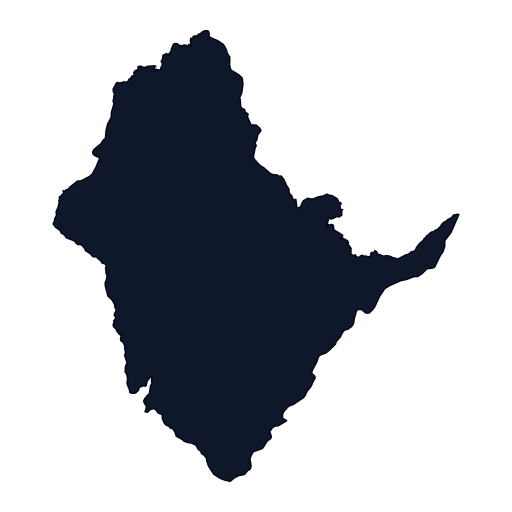 the district of Montufar, Carchi, Ecuador
{"feature_id": "8360857B57734122630891", "entity_name": "Montufar", "entity_type": "district", "adm_level": 2, "iso_a3": "ECU", "parent_name": "Ecuador", "parent_adm1": "Carchi", "projection": "orthographic", "projection_center": [-77.805, 0.568], "detail": "fine", "context": "isolated", "style": "filled", "palette": "ink", "viewbox_px": 512, "rotation_deg": 0, "n_neighbors": 0, "source": "geoboundaries", "source_scale": "gbopen_adm2", "svg_char_len": 5993}
<svg xmlns="http://www.w3.org/2000/svg" viewBox="0 0 512 512"><path d="M230.3,481.3L234.1,478.0L236.3,476.8L239.4,475.3L242.0,475.1L244.9,474.1L247.6,470.4L249.3,469.8L250.3,468.9L251.1,466.0L249.9,458.7L251.9,453.9L253.4,451.7L262.1,448.6L263.1,447.6L266.9,441.4L270.9,438.3L271.3,436.4L269.7,431.5L272.6,427.6L274.8,426.2L278.6,425.6L286.5,420.8L285.7,419.8L283.5,419.2L282.5,417.5L282.6,414.1L283.5,412.0L287.6,407.2L289.3,405.9L293.0,404.6L296.0,402.7L303.0,397.9L304.6,396.3L307.4,390.7L310.1,387.7L311.7,385.0L312.9,381.9L315.1,378.0L314.8,376.4L313.8,375.0L312.3,374.3L311.7,372.5L312.2,370.5L316.4,362.7L318.5,356.9L319.8,355.2L326.1,352.8L328.8,350.6L335.5,344.1L336.1,341.7L340.5,336.7L341.8,333.7L343.7,330.8L345.0,330.0L348.2,329.0L351.2,326.8L352.9,324.8L353.7,322.8L354.1,319.1L356.6,310.4L359.0,309.3L360.6,309.3L362.5,310.3L365.7,312.9L367.8,313.2L369.2,312.9L372.7,309.7L374.7,306.8L379.6,296.3L384.7,288.7L389.8,285.5L400.7,280.7L407.1,279.3L413.4,276.8L417.8,276.4L422.1,273.6L427.0,268.8L432.3,268.1L433.9,267.6L434.8,266.8L440.2,255.7L443.0,251.7L444.8,246.0L444.8,240.6L451.0,232.5L458.8,214.6L457.8,214.2L453.5,215.1L451.3,217.9L447.8,219.5L446.0,221.3L443.7,222.3L441.7,224.4L440.6,226.3L437.0,229.8L435.1,230.3L434.2,231.5L431.6,232.0L430.3,232.9L428.4,234.8L426.4,236.1L425.7,237.6L424.2,238.6L423.3,240.3L419.6,243.4L416.3,247.8L415.8,249.5L414.3,251.2L411.4,251.8L408.1,254.4L406.0,254.8L398.7,258.6L397.2,259.1L395.9,258.3L393.0,257.8L390.1,256.3L386.5,255.6L383.9,256.2L381.7,255.7L380.3,254.7L378.4,254.7L376.2,251.4L374.9,250.7L373.6,252.9L372.1,252.4L371.0,252.9L370.9,255.1L370.4,255.6L370.8,256.5L370.4,256.7L367.4,256.8L366.0,256.0L364.6,256.4L362.3,255.3L360.9,255.7L359.0,257.4L356.5,256.9L355.3,254.9L353.8,255.7L351.2,254.2L350.7,252.6L351.1,251.1L350.8,249.5L351.1,248.5L347.7,243.6L348.5,242.6L347.5,240.8L342.3,237.8L339.8,239.7L340.2,237.9L342.7,235.8L342.4,235.0L333.8,229.8L333.6,230.0L333.7,228.1L333.1,227.0L333.5,225.6L332.8,224.9L331.0,224.4L329.6,225.3L328.4,224.6L328.3,226.2L327.6,226.2L326.8,227.2L326.2,227.1L328.7,218.8L329.8,218.2L331.0,219.0L332.6,218.6L337.3,216.3L338.6,217.1L341.7,215.3L341.7,210.7L342.3,209.7L341.1,209.7L340.6,209.1L339.8,205.8L341.1,203.6L340.5,202.6L339.1,202.8L337.3,198.8L332.0,195.6L329.0,195.2L327.1,194.2L325.3,194.8L323.8,195.9L318.2,196.9L312.3,199.2L307.7,198.3L303.5,200.7L302.1,203.0L301.0,205.9L299.7,207.4L296.9,208.2L295.9,199.6L295.7,199.4L294.4,200.1L292.8,198.9L291.9,196.0L289.8,193.8L289.0,192.3L289.0,189.2L286.5,185.4L283.8,179.5L281.5,176.4L280.8,176.0L279.5,176.4L277.1,175.0L273.4,174.7L270.6,173.8L263.5,167.5L261.6,166.6L258.5,164.0L254.1,158.9L253.5,157.6L253.6,155.6L255.1,147.8L256.2,145.8L255.0,142.5L256.7,140.1L257.9,134.6L260.7,131.0L260.8,130.3L260.0,128.5L256.2,125.1L251.0,124.9L247.3,116.5L248.0,114.8L247.9,113.9L245.1,112.1L244.7,109.7L242.1,108.4L240.7,106.7L240.2,99.3L239.5,97.9L241.7,93.1L242.9,84.6L242.3,78.1L238.6,74.7L231.3,70.3L230.3,68.5L229.6,64.7L229.8,57.2L227.4,53.5L226.0,48.9L223.5,44.6L217.7,40.7L210.0,37.4L209.0,35.7L209.2,33.9L208.7,31.6L207.7,30.8L206.1,30.7L204.1,31.0L202.0,32.1L200.3,33.9L198.6,34.2L196.9,36.0L193.8,36.1L193.1,36.9L193.3,37.7L192.8,38.1L190.9,38.3L190.3,40.4L190.8,42.2L190.5,43.5L191.5,45.3L191.3,45.8L188.7,44.6L187.3,46.7L185.9,45.2L184.0,45.0L182.1,45.9L180.4,45.4L180.0,46.8L179.6,46.9L178.5,44.6L177.2,43.7L174.9,43.6L173.5,44.2L171.7,48.3L170.6,52.3L169.0,53.5L168.5,55.7L167.9,55.5L166.7,53.5L163.1,55.2L162.4,59.5L161.2,61.2L162.3,63.3L162.0,66.1L161.0,67.3L160.4,70.0L158.2,69.9L156.1,69.2L154.7,71.0L154.2,67.7L155.6,66.3L154.8,65.8L147.8,66.3L143.9,67.7L141.8,66.5L140.4,66.2L138.6,66.5L137.9,67.0L138.1,69.6L135.0,70.8L133.7,72.8L134.3,73.9L133.7,75.7L131.9,76.1L130.6,78.3L129.0,79.3L127.6,81.9L125.8,82.3L124.2,81.8L119.6,83.1L117.4,82.4L116.4,83.1L113.2,88.9L113.3,91.5L114.5,93.9L113.6,97.8L113.7,99.6L113.0,100.6L114.0,103.7L111.5,112.1L111.2,117.6L107.6,124.1L106.1,130.5L105.4,138.3L104.6,139.3L103.4,139.8L100.9,143.8L93.9,149.5L92.7,152.1L93.0,153.9L94.8,155.6L97.2,156.8L99.9,157.5L96.2,166.8L92.3,174.0L89.6,176.4L81.3,180.8L77.3,181.2L69.9,187.1L68.1,189.4L66.3,189.6L65.1,191.4L63.9,190.7L63.1,191.1L63.8,192.1L63.2,193.4L60.7,196.3L59.3,197.0L59.7,199.1L58.8,200.5L59.3,201.9L58.0,207.5L56.1,211.7L56.5,214.8L55.6,217.4L54.8,218.3L54.4,221.0L53.2,224.0L55.3,227.0L59.9,230.3L61.5,233.3L63.2,234.1L65.0,235.6L66.2,237.7L74.4,240.9L76.4,243.5L77.6,244.4L80.7,244.7L82.1,245.4L84.3,248.0L85.7,250.8L90.4,253.8L92.9,256.7L96.6,257.0L98.7,259.3L100.9,260.7L101.7,262.7L104.8,263.9L105.8,264.7L106.1,266.3L105.5,268.6L106.0,269.6L105.9,272.3L107.1,276.3L106.3,280.0L105.2,282.7L105.3,285.9L107.9,296.0L112.3,300.2L114.6,304.5L115.1,307.9L116.2,309.8L116.2,310.7L114.9,312.8L114.4,314.5L114.5,316.0L115.6,316.8L115.8,318.1L113.7,321.0L114.1,323.1L113.2,324.3L113.4,326.4L116.2,329.2L117.0,331.3L119.3,334.3L120.4,334.8L120.8,335.6L121.7,335.6L121.6,336.6L120.7,337.3L120.6,340.0L121.1,340.9L123.3,342.7L124.8,345.8L124.6,347.8L125.6,352.7L124.6,355.4L127.1,362.7L125.4,366.7L125.2,372.2L126.2,373.3L127.2,375.7L127.6,380.2L127.1,381.8L127.2,384.2L129.6,390.0L129.7,392.4L132.2,393.3L134.8,393.2L136.2,392.5L138.5,390.1L139.1,387.7L140.4,386.6L141.8,386.6L143.2,385.7L145.1,386.2L146.4,385.3L146.4,384.7L145.7,384.1L146.8,383.1L147.1,380.8L148.7,379.3L149.7,377.1L151.8,377.4L151.5,380.5L151.9,383.2L150.4,386.5L149.4,393.7L146.8,396.0L146.3,397.1L144.8,398.5L143.6,401.3L145.0,404.2L145.9,404.9L146.4,407.6L145.1,411.7L147.5,412.2L150.3,409.5L153.0,408.7L154.6,408.8L155.2,409.7L156.7,409.9L157.0,411.7L158.8,413.5L160.5,413.7L162.3,415.1L162.3,417.9L163.4,421.3L164.8,423.9L167.1,425.6L168.6,426.0L170.7,428.3L171.7,428.2L172.9,428.9L175.1,432.2L176.2,436.1L182.3,439.5L184.2,441.3L188.8,442.8L190.9,442.8L195.9,445.1L198.3,449.4L200.8,451.2L201.5,453.5L203.6,454.8L206.3,457.8L206.8,461.0L208.6,466.2L213.7,474.1L219.5,478.0L225.0,480.2L230.3,481.3Z" fill="#0f172a" stroke="#020617" stroke-width="1.5"/></svg>